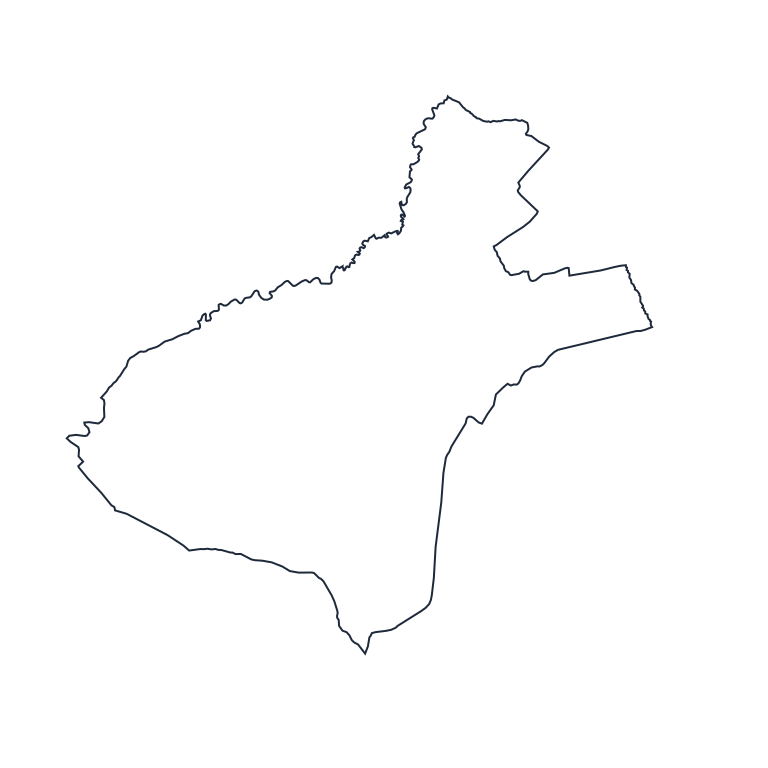 outline of Katako-Kombe, Kasaï-Oriental, Democratic Republic of the Congo, rotated 227°
{"feature_id": "63176286B65571818133367", "entity_name": "Katako-Kombe", "entity_type": "district", "adm_level": 2, "iso_a3": "COD", "parent_name": "Democratic Republic of the Congo", "parent_adm1": "Kasaï-Oriental", "projection": "natural_earth1", "projection_center": [24.617, -3.373], "detail": "fine", "context": "isolated", "style": "outline", "palette": "slate", "viewbox_px": 768, "rotation_deg": 227, "n_neighbors": 0, "source": "geoboundaries", "source_scale": "gbopen_adm2", "svg_char_len": 6154}
<svg xmlns="http://www.w3.org/2000/svg" viewBox="0 0 768 768"><g transform="rotate(227 384 384)"><path d="M475.0,101.1L464.7,107.2L420.9,122.7L402.3,127.2L395.1,127.9L388.5,137.2L385.8,139.9L383.9,142.6L380.8,144.9L378.2,148.3L375.8,149.6L373.4,151.9L365.5,156.7L364.1,158.2L360.9,159.4L357.3,163.4L346.2,167.3L343.2,169.4L337.9,174.4L330.2,180.2L319.8,185.2L311.5,187.5L304.3,192.9L295.3,202.7L293.5,203.9L286.3,204.2L284.6,205.0L281.1,205.2L265.2,201.6L259.0,199.5L249.8,195.1L247.9,193.7L246.3,191.3L244.8,190.3L242.4,190.0L237.7,186.2L231.9,185.4L228.0,187.4L223.8,187.3L218.7,185.8L215.4,185.9L211.2,187.4L199.7,186.3L203.1,193.3L208.7,200.6L208.9,202.4L210.1,205.2L208.3,208.6L202.1,217.1L199.3,221.7L197.8,226.2L197.8,229.1L192.5,256.7L191.9,261.9L192.3,267.1L194.2,271.2L197.0,275.0L208.1,288.1L229.7,310.7L258.3,345.1L278.5,366.9L287.8,378.9L289.1,382.0L289.9,385.7L292.3,390.7L299.5,416.8L302.4,421.1L302.5,423.4L300.6,425.4L298.3,426.3L291.3,427.0L288.2,428.6L291.4,439.0L293.6,449.7L300.0,458.7L300.2,468.7L299.9,474.5L296.3,475.8L295.3,478.4L292.9,480.9L292.8,482.9L293.8,486.1L295.7,489.9L297.0,495.4L295.5,503.1L292.3,508.2L290.7,509.8L289.9,512.7L289.9,515.2L291.4,523.4L291.3,530.2L290.3,534.6L250.5,604.9L247.7,607.9L245.3,612.6L242.8,618.9L244.4,619.1L246.2,620.1L247.5,621.9L248.6,621.6L249.6,622.2L251.0,621.8L253.9,623.0L255.1,624.2L257.4,623.2L259.0,624.5L260.6,624.3L261.9,625.4L263.8,625.0L264.0,626.3L264.5,626.8L269.3,627.6L273.0,631.0L274.8,631.2L275.7,632.2L279.6,632.7L282.0,631.9L283.3,633.3L285.0,633.5L286.2,634.2L289.0,633.8L291.7,635.6L294.6,636.1L297.0,638.8L299.3,638.6L300.3,639.6L302.0,639.2L303.4,641.1L304.6,640.8L305.9,641.9L308.9,638.0L312.5,632.1L319.2,620.0L336.8,593.5L342.8,598.1L343.9,597.4L345.2,595.2L349.2,584.3L355.8,574.9L356.5,565.7L357.8,563.1L359.1,562.1L361.1,562.0L366.1,564.5L367.7,566.1L370.5,563.3L371.4,562.9L372.5,558.0L376.8,551.3L377.9,550.7L380.9,551.2L383.4,550.1L386.4,550.8L388.8,552.3L394.4,552.9L396.7,554.4L400.3,554.5L403.5,556.4L406.7,556.5L409.8,558.1L408.9,561.1L407.5,574.1L404.0,592.7L403.3,601.2L404.3,612.0L405.4,614.2L429.0,612.8L432.9,613.1L434.3,613.7L435.4,617.6L436.5,618.5L439.7,619.6L441.5,634.8L443.7,663.7L444.3,665.9L446.6,665.8L455.5,662.5L464.8,660.9L469.0,658.0L470.2,658.3L470.8,661.2L471.9,663.3L474.7,665.6L477.3,666.9L482.9,664.8L483.4,663.3L484.8,661.9L487.7,660.7L490.1,656.9L494.7,652.5L497.0,648.0L498.2,647.1L498.8,645.8L502.0,643.3L502.7,640.6L504.8,639.6L505.4,638.4L508.6,636.0L513.1,634.6L515.2,633.0L516.9,633.2L518.0,632.5L522.0,632.5L523.5,631.9L524.3,632.4L528.6,630.7L530.8,630.9L532.2,630.5L538.8,631.0L546.0,627.7L547.6,627.7L548.9,626.8L550.8,626.8L549.2,623.9L550.2,621.6L548.6,619.1L550.6,616.7L551.2,614.6L549.4,610.6L552.1,608.7L552.7,607.6L552.1,606.6L546.2,604.1L545.6,603.3L545.0,601.1L545.2,600.1L547.8,598.0L548.9,596.4L549.3,594.4L549.1,592.6L548.4,591.5L547.1,590.4L543.3,589.7L542.3,587.8L545.0,579.1L545.0,577.5L543.9,574.9L544.4,573.5L544.1,572.8L542.0,572.2L540.5,569.0L539.8,568.6L537.3,568.3L536.6,567.7L535.7,568.4L534.3,571.8L531.2,572.5L529.8,571.7L528.7,565.7L526.7,565.0L525.9,563.2L524.1,562.7L523.7,561.9L523.6,559.9L524.6,555.4L526.2,553.7L526.2,552.9L524.9,550.9L522.1,550.5L521.7,550.0L521.8,548.0L517.8,543.6L514.6,543.9L513.6,542.4L513.4,541.1L514.7,536.3L513.7,533.2L512.9,532.8L512.1,533.5L511.1,536.6L509.4,536.8L507.9,536.0L506.3,534.0L504.8,528.5L503.8,526.8L501.3,524.7L500.8,522.8L501.3,520.3L502.4,519.4L503.5,519.6L505.5,520.9L505.9,519.9L505.3,518.5L499.6,515.8L496.2,515.4L492.6,514.0L492.4,513.3L495.6,512.8L496.1,511.9L495.6,511.0L494.1,510.4L492.0,510.9L491.2,510.6L492.1,508.5L491.8,507.5L489.8,508.5L488.1,506.0L486.8,506.4L486.4,504.9L486.6,503.3L484.5,500.8L483.8,498.0L484.0,496.3L485.6,496.6L486.2,498.2L486.7,498.4L487.8,496.6L489.2,492.0L491.4,490.8L492.1,488.5L491.7,487.9L489.1,487.6L488.9,486.9L489.6,485.5L490.4,485.0L492.4,485.8L492.7,481.9L494.8,479.6L495.3,477.6L496.1,477.3L499.9,478.4L500.0,475.1L500.8,472.7L499.4,469.5L502.0,467.6L502.4,466.0L501.5,463.9L500.4,463.5L497.9,464.2L497.1,463.1L497.2,461.8L499.5,460.8L500.0,459.8L499.8,458.6L497.7,457.6L497.7,456.5L498.5,455.0L496.0,455.3L495.4,454.2L495.9,453.1L497.2,452.5L497.7,451.2L497.7,450.3L496.4,448.1L496.7,445.8L494.1,446.0L493.1,445.7L492.6,444.9L493.4,443.9L495.0,443.1L495.2,441.7L494.5,440.2L493.2,438.5L493.7,437.7L495.0,437.4L495.4,436.6L494.1,432.8L494.3,432.2L495.0,432.1L496.5,433.3L497.6,433.1L498.4,434.0L499.1,430.5L502.0,429.7L502.4,428.6L500.6,424.6L500.2,420.6L497.9,417.8L495.7,416.7L494.5,415.4L493.9,414.4L494.4,412.6L500.1,406.8L501.1,406.6L504.5,408.0L506.6,407.9L508.0,406.6L508.8,403.8L508.8,399.3L509.5,398.6L512.8,398.1L513.9,397.0L515.1,393.7L516.2,386.8L516.9,385.2L517.9,384.4L524.6,384.1L525.5,383.4L526.3,381.2L526.3,376.3L527.2,372.2L526.6,368.2L527.1,366.4L529.1,363.5L528.5,362.3L525.1,362.2L524.2,361.5L523.9,360.6L524.3,358.4L525.2,356.2L527.7,353.7L530.8,353.0L534.7,353.5L536.6,354.8L538.3,355.0L539.3,354.5L540.1,352.7L538.6,346.7L538.9,344.9L541.0,342.0L541.6,340.4L540.3,335.8L540.7,334.2L541.6,333.6L546.5,333.4L547.7,332.4L548.7,328.1L548.5,325.2L548.9,322.3L550.6,320.4L553.8,319.4L554.5,318.3L554.6,317.0L551.1,314.1L550.7,313.2L551.0,312.1L553.4,309.1L554.0,305.4L553.6,304.3L552.5,303.3L550.0,302.2L549.2,300.2L551.1,297.3L552.2,297.2L556.4,301.2L557.2,301.3L557.7,300.3L557.8,297.9L555.5,293.5L556.5,290.7L553.5,290.1L551.7,288.9L550.8,287.8L550.7,286.3L552.9,283.8L554.5,279.2L554.9,275.3L556.9,272.2L559.4,265.9L561.1,259.7L564.6,252.5L565.5,245.2L566.4,242.4L569.9,235.1L570.3,232.1L571.7,230.0L573.7,228.2L574.3,226.6L575.1,219.9L576.1,216.3L575.5,212.7L572.4,207.5L572.0,204.2L569.9,196.2L569.9,194.7L568.8,190.1L569.1,186.7L568.6,183.6L568.9,180.4L567.6,176.2L566.9,167.7L563.2,168.2L560.3,166.2L557.6,163.0L550.6,157.0L549.3,152.2L549.9,148.2L557.3,142.2L560.2,138.5L558.1,137.3L553.3,137.6L549.6,135.7L548.8,131.8L550.1,129.6L556.9,124.0L560.8,118.5L560.6,114.9L555.3,115.3L546.3,117.4L543.9,116.1L539.4,111.3L532.4,111.0L532.4,104.4L531.0,103.9L517.1,103.0L496.9,103.0L481.2,101.9L477.9,102.9L475.0,101.1Z" fill="none" stroke="#1e293b" stroke-width="2"/></g></svg>